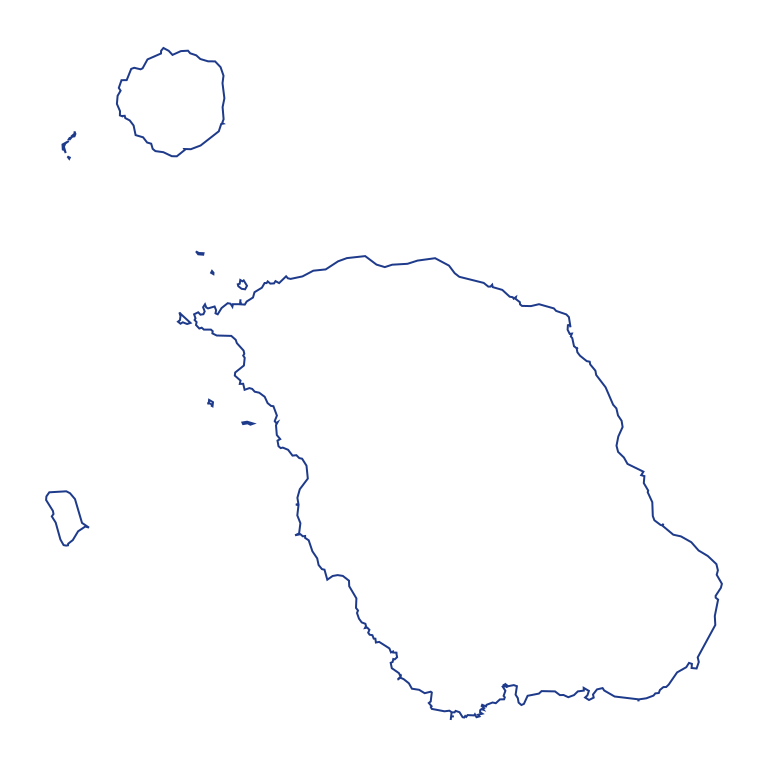 the district of Biliran, Biliran, Philippines
{"feature_id": "2640588B24635602844812", "entity_name": "Biliran", "entity_type": "district", "adm_level": 2, "iso_a3": "PHL", "parent_name": "Philippines", "parent_adm1": "Biliran", "projection": "albers", "projection_center": [124.427, 11.639], "detail": "fine", "context": "isolated", "style": "outline", "palette": "blue", "viewbox_px": 768, "rotation_deg": 0, "n_neighbors": 0, "source": "geoboundaries", "source_scale": "gbopen_adm2", "svg_char_len": 6055}
<svg xmlns="http://www.w3.org/2000/svg" viewBox="0 0 768 768"><path d="M486.6,704.8L492.6,702.5L495.8,703.2L499.9,699.4L504.1,699.3L504.8,697.3L503.6,695.9L505.4,690.8L502.8,686.8L504.1,686.5L503.0,684.6L506.7,687.0L507.3,686.7L504.6,683.5L508.1,686.2L513.8,685.1L516.9,686.2L515.6,694.7L517.8,698.1L518.6,702.6L521.4,705.0L523.9,703.9L527.6,695.8L538.9,693.6L541.6,691.1L555.0,691.4L559.9,695.1L563.5,695.0L568.3,697.2L574.0,695.1L577.8,691.4L583.8,690.6L583.7,687.9L588.9,690.9L587.4,695.4L585.1,697.5L589.0,700.0L593.7,697.6L593.0,694.5L597.0,689.4L602.6,688.1L604.2,690.5L614.6,696.5L638.2,699.3L638.5,701.3L638.7,699.4L646.3,698.3L653.5,695.6L655.3,693.4L658.8,693.0L659.9,690.0L663.4,687.1L666.2,687.0L668.7,684.6L677.1,672.4L686.3,667.2L689.0,662.9L691.9,663.9L691.6,668.0L696.6,668.5L698.8,662.0L697.7,657.4L715.3,625.0L714.8,616.0L718.1,599.6L715.7,597.7L715.6,595.9L720.9,587.8L721.9,583.8L716.7,574.8L717.9,570.3L716.4,564.1L707.8,556.0L698.6,550.5L691.3,542.2L681.0,536.4L673.3,534.7L662.6,525.8L663.4,523.7L662.3,525.4L660.5,524.9L654.4,520.3L652.8,516.0L652.3,502.2L647.7,492.2L648.2,490.6L643.8,483.1L644.4,476.1L641.2,475.2L643.4,471.7L627.5,463.9L623.9,457.5L618.1,451.9L616.5,445.7L618.3,436.5L622.6,427.0L621.6,420.8L618.0,415.4L616.4,408.4L613.1,404.7L605.6,387.3L596.2,375.0L595.4,370.7L590.2,364.4L589.7,361.7L586.7,361.1L580.0,355.7L577.4,352.3L576.7,348.6L577.9,347.7L576.7,348.3L574.0,346.2L572.3,338.2L570.8,336.4L571.9,333.6L569.7,333.9L567.6,329.7L567.9,325.2L569.6,324.9L570.5,327.2L568.9,317.1L566.3,314.4L556.1,310.9L553.9,308.4L539.0,304.2L530.9,306.1L522.0,305.9L520.1,304.4L519.8,302.1L515.5,298.8L515.9,297.1L513.7,298.7L512.7,297.2L509.7,296.7L502.3,289.9L492.7,287.1L492.2,284.7L490.4,286.6L488.3,286.6L483.7,282.9L459.3,276.8L454.7,273.2L449.0,265.6L435.1,258.2L417.5,260.6L407.5,263.8L392.2,264.7L384.8,267.1L376.5,264.6L365.2,256.1L346.9,258.1L338.1,261.3L325.7,269.4L313.3,270.7L302.5,276.4L290.6,278.9L287.9,278.3L286.1,276.3L279.1,283.1L275.5,281.1L274.0,283.4L270.3,283.6L267.7,281.4L266.6,283.1L264.6,283.0L261.9,287.7L254.5,292.2L253.0,297.5L246.7,301.5L244.8,304.6L240.2,304.3L240.3,303.2L241.8,303.2L240.3,303.1L240.5,299.3L240.0,304.2L232.9,304.2L232.4,306.7L230.5,303.7L227.7,303.2L221.6,308.0L217.7,314.3L215.5,313.3L216.1,310.2L214.6,306.5L208.0,308.4L206.2,307.4L205.0,304.3L203.1,307.2L204.7,311.4L203.4,314.2L200.5,314.7L198.2,312.3L194.1,314.3L195.5,318.3L194.6,320.0L196.6,322.1L196.0,325.0L199.3,328.5L201.7,327.7L203.9,329.6L210.9,329.6L212.7,331.2L212.4,333.4L216.7,335.5L231.3,335.9L235.7,339.8L236.9,343.2L243.6,350.6L244.3,353.8L243.2,355.6L244.7,357.8L243.9,365.5L235.2,372.5L234.8,375.6L240.5,380.6L239.8,383.9L243.2,383.8L244.6,389.8L249.4,388.1L252.2,388.9L254.7,391.7L259.2,392.7L264.7,396.8L267.6,403.1L271.0,405.9L273.4,406.2L276.9,415.6L274.7,421.1L276.2,423.1L277.6,422.2L276.0,425.2L276.8,435.0L280.2,439.1L277.5,440.6L278.5,446.2L280.7,448.1L282.8,447.6L288.1,449.8L292.5,455.6L296.4,455.2L299.3,458.1L302.1,458.7L306.5,465.7L307.8,478.6L299.8,489.2L297.4,497.8L298.4,503.9L295.9,504.6L298.5,505.2L297.3,515.4L300.4,523.2L299.1,533.4L295.1,535.3L300.4,534.2L302.8,536.3L305.1,536.0L305.1,537.9L308.7,540.3L312.4,551.3L317.2,558.4L318.6,565.0L321.9,569.1L324.5,569.7L327.3,579.7L332.6,576.0L337.6,575.1L342.8,575.9L349.0,580.7L349.2,586.2L356.4,598.4L356.0,607.9L358.0,610.5L357.0,613.0L359.0,618.7L361.7,622.4L365.4,623.8L366.0,626.1L365.0,628.0L367.2,627.6L369.4,629.8L368.2,632.7L369.6,634.7L372.4,635.2L373.7,638.6L375.4,638.7L375.9,642.5L379.2,641.9L389.4,648.4L391.0,652.4L393.0,651.5L393.1,652.5L397.3,652.7L396.3,653.0L397.1,657.2L394.7,659.4L393.3,659.0L392.6,662.0L390.7,662.8L391.8,668.2L398.9,673.1L399.9,675.1L401.5,674.8L400.4,675.5L400.7,676.5L398.2,679.0L398.3,679.2L400.4,677.7L403.6,679.1L408.9,683.3L411.9,688.7L419.1,689.8L424.7,693.2L430.7,691.7L431.8,692.5L430.7,701.5L428.8,703.0L431.6,706.2L430.8,707.1L431.8,708.9L444.5,711.3L449.4,710.7L451.6,712.2L450.7,720.0L451.1,716.5L453.9,716.4L451.1,716.4L451.6,712.4L454.6,712.3L455.6,710.9L459.5,712.2L462.6,717.2L464.2,717.5L465.2,716.0L466.2,716.9L467.6,715.1L474.2,715.4L474.9,714.3L476.5,717.2L479.4,716.4L478.0,714.8L482.3,713.7L480.1,712.3L480.2,710.2L481.4,709.1L483.5,709.8L482.8,708.9L484.1,708.1L481.7,706.1L482.2,704.8L486.0,706.4L486.6,704.8ZM163.4,48.0L161.1,50.8L161.0,53.5L147.5,59.4L142.6,68.3L140.6,69.3L134.2,67.8L131.2,68.9L126.7,80.1L121.5,80.2L118.8,87.9L120.6,90.7L117.6,95.8L116.9,103.9L120.0,111.1L119.9,115.4L123.3,116.6L122.3,116.0L124.7,115.8L125.3,118.1L129.7,120.4L133.6,125.5L135.6,135.1L143.1,137.3L147.1,142.5L151.2,143.7L152.7,148.9L155.4,151.1L163.4,152.2L171.8,156.2L176.8,156.3L184.8,149.9L184.3,149.0L190.8,149.2L200.6,145.5L218.8,131.3L221.2,124.0L223.2,123.6L222.2,123.0L223.6,119.2L222.6,107.1L224.4,98.3L222.5,83.2L223.5,75.7L220.6,67.2L215.1,61.4L208.0,61.3L200.3,59.0L196.2,55.3L190.2,53.3L188.0,50.7L180.9,51.1L172.5,54.9L168.7,50.8L163.4,48.0ZM66.3,491.3L49.3,492.3L46.4,496.4L46.1,500.0L52.9,510.9L53.5,514.0L51.8,516.4L55.7,522.6L60.4,539.5L63.6,545.1L66.1,545.6L68.0,545.3L68.2,543.7L72.8,540.1L78.1,531.3L85.3,526.5L89.0,527.6L82.0,522.9L75.0,499.1L70.0,493.2L66.3,491.3ZM247.0,285.8L243.7,280.4L242.4,281.3L240.3,280.0L239.7,283.8L237.8,284.3L238.3,286.2L241.6,288.8L245.1,289.3L247.0,285.8ZM190.5,322.9L180.9,314.1L179.4,312.5L180.5,316.2L179.9,320.2L178.0,321.7L180.5,323.7L182.8,322.3L187.1,324.0L190.5,322.9ZM243.1,424.1L247.6,423.3L250.4,424.7L253.5,423.6L247.1,421.7L242.4,422.5L243.1,424.1ZM213.0,402.2L209.1,399.9L208.8,402.9L207.4,403.5L210.0,403.5L211.8,404.5L211.7,405.9L212.5,406.3L213.0,402.2ZM68.8,141.0L62.5,144.5L62.8,149.5L64.3,149.9L65.7,153.0L63.9,146.7L65.3,143.5L68.8,141.0ZM196.0,251.4L198.2,254.3L203.2,254.7L203.5,253.2L198.8,253.0L196.0,251.4ZM74.5,131.4L74.6,133.6L72.0,135.9L72.9,136.6L74.5,136.3L75.4,133.9L74.5,131.4ZM212.0,271.0L211.1,272.8L213.4,274.1L213.5,272.8L212.0,271.0ZM69.8,157.6L67.5,156.5L69.2,158.8L69.8,157.6ZM71.6,137.3L69.6,138.0L68.8,139.2L69.8,139.4L71.6,137.3Z" fill="none" stroke="#1e3a8a" stroke-width="2"/></svg>